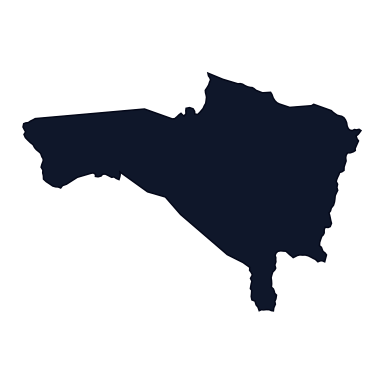 outline of Poções, Bahia, Brazil
{"feature_id": "56859067B76293863784354", "entity_name": "Poções", "entity_type": "district", "adm_level": 2, "iso_a3": "BRA", "parent_name": "Brazil", "parent_adm1": "Bahia", "projection": "albers", "projection_center": [-40.358, -14.57], "detail": "fine", "context": "isolated", "style": "filled", "palette": "ink", "viewbox_px": 384, "rotation_deg": 0, "n_neighbors": 0, "source": "geoboundaries", "source_scale": "gbopen_adm2", "svg_char_len": 3121}
<svg xmlns="http://www.w3.org/2000/svg" viewBox="0 0 384 384"><path d="M43.5,179.1L46.3,181.7L49.5,183.8L52.7,186.0L55.5,186.8L58.3,187.0L60.7,188.0L62.5,185.6L66.5,184.2L75.6,178.4L77.3,177.3L91.0,173.3L93.3,172.9L95.5,174.4L95.4,176.4L98.1,176.8L101.1,176.0L102.6,174.2L105.4,174.1L109.0,175.9L111.6,177.3L114.1,176.9L116.2,178.4L119.0,179.6L119.9,176.5L120.2,174.5L119.8,171.9L147.5,191.8L165.4,197.0L167.0,198.9L180.6,214.5L225.4,253.0L227.2,254.6L243.0,262.5L249.8,267.4L249.6,270.3L251.1,272.3L252.4,274.9L250.5,278.4L251.9,281.2L251.2,283.9L250.8,286.1L250.4,288.7L251.7,290.2L251.5,293.6L251.2,296.5L251.9,299.9L255.0,301.1L256.1,304.9L258.0,307.2L259.2,310.7L261.4,309.7L263.5,309.9L266.2,309.6L269.3,309.7L271.3,310.6L273.4,310.9L273.8,307.8L275.4,304.2L274.8,301.3L275.9,298.9L276.5,295.1L274.7,293.3L274.2,291.1L273.4,289.0L271.4,287.1L271.7,283.9L271.5,280.4L271.1,277.7L271.8,275.0L272.7,272.1L274.8,269.9L275.7,268.1L274.8,265.0L275.9,261.8L275.7,259.6L275.8,257.6L275.1,255.5L275.9,253.3L277.7,251.4L280.6,250.8L283.7,251.1L285.9,251.2L288.0,253.1L289.6,254.6L291.8,256.3L293.2,257.6L295.4,256.5L297.3,255.5L299.8,254.9L302.8,255.1L305.2,255.0L308.3,255.8L311.1,257.2L313.3,258.4L315.4,259.4L317.9,261.8L320.0,260.9L322.1,260.7L324.7,261.8L325.7,257.9L326.5,254.9L325.0,252.9L323.0,251.4L322.1,249.2L321.4,247.3L319.5,245.7L319.7,242.4L320.8,239.0L321.8,236.3L323.3,234.8L324.2,232.9L324.2,229.7L325.2,227.2L328.1,227.5L330.2,226.6L331.5,223.3L330.8,220.7L330.3,218.2L329.7,215.4L329.0,212.9L330.5,210.9L331.3,208.0L333.5,205.2L334.5,201.9L334.9,199.0L335.2,195.7L336.2,193.4L337.7,190.3L336.9,187.4L337.6,184.2L336.2,181.5L336.7,179.6L337.7,177.1L339.0,174.4L339.6,172.5L341.9,171.8L344.0,170.4L344.1,167.0L345.1,163.9L346.1,161.0L345.7,157.8L346.1,155.3L347.5,152.9L350.4,152.8L353.5,151.7L355.3,150.5L355.1,148.6L356.3,145.8L357.4,143.3L358.5,140.9L357.0,138.8L356.1,136.0L358.2,134.3L359.4,132.8L361.0,130.6L359.1,129.3L356.4,129.9L354.5,129.5L352.2,130.6L349.7,130.0L348.3,128.6L347.2,126.2L346.6,122.6L345.4,119.8L343.9,117.7L341.7,116.3L339.4,115.8L337.2,115.2L335.0,113.7L333.1,112.3L331.3,110.6L313.7,104.3L311.5,105.7L306.2,106.1L289.7,107.4L279.2,103.9L276.9,102.7L274.9,100.7L273.2,98.0L271.9,94.4L270.6,92.3L262.5,92.8L260.6,92.1L258.6,91.3L256.0,90.3L254.0,88.6L252.3,87.6L250.1,87.4L247.6,86.8L245.1,85.7L242.6,84.2L240.3,83.6L237.9,83.8L222.9,79.3L207.9,73.1L208.5,75.9L209.8,77.7L210.6,79.9L209.6,82.0L208.7,84.9L207.1,87.6L205.3,90.3L205.5,92.7L206.1,95.0L206.5,97.2L206.1,100.6L205.7,103.4L204.4,105.6L203.1,108.5L200.0,112.2L197.7,114.5L194.8,114.0L194.6,111.3L193.1,108.8L189.6,107.6L186.1,108.3L185.8,110.7L186.0,113.7L184.0,116.0L182.4,114.8L181.0,113.3L179.0,114.8L177.2,116.6L174.7,118.7L172.3,118.9L144.5,109.0L83.2,114.4L35.2,118.6L33.3,119.7L30.6,121.0L28.3,122.6L25.7,122.9L23.7,123.7L23.0,127.0L24.1,129.2L25.6,131.9L24.0,134.4L25.4,137.6L27.4,139.7L30.5,142.7L33.0,144.6L34.6,147.6L36.4,149.7L39.1,151.9L40.7,153.4L41.9,156.8L43.1,158.7L43.2,160.9L41.9,164.3L41.1,167.2L42.9,170.1L42.7,172.9L43.4,175.8L43.5,179.1Z" fill="#0f172a" stroke="#020617" stroke-width="1.5"/></svg>